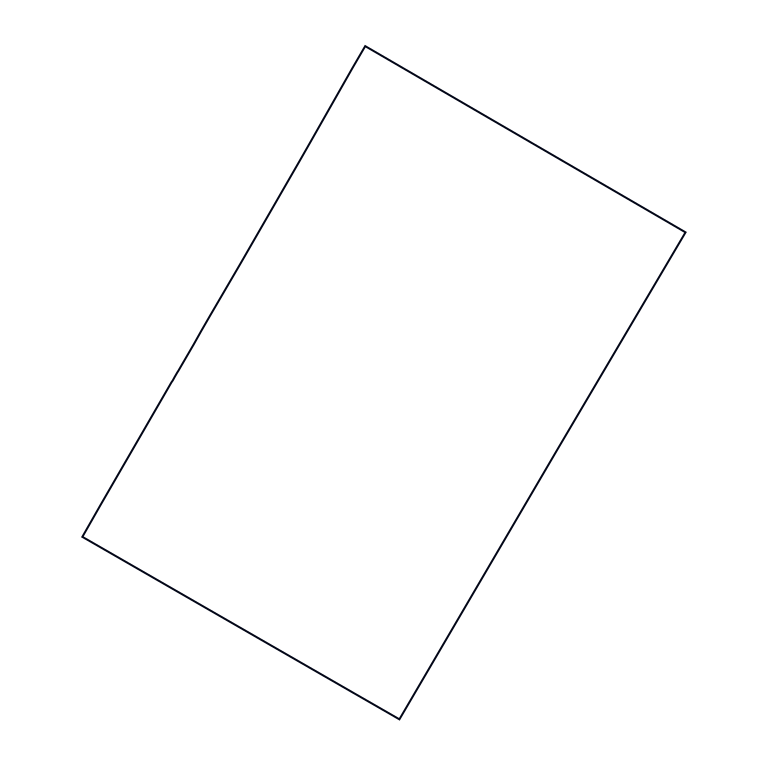 the district of Chautauqua, Kansas, United States of America, rotated 120°
{"feature_id": "52423323B34946311974500", "entity_name": "Chautauqua", "entity_type": "district", "adm_level": 2, "iso_a3": "USA", "parent_name": "United States of America", "parent_adm1": "Kansas", "projection": "robinson", "projection_center": [-96.23, 37.151], "detail": "fine", "context": "isolated", "style": "outline", "palette": "ink", "viewbox_px": 768, "rotation_deg": 120, "n_neighbors": 0, "source": "geoboundaries", "source_scale": "gbopen_adm2", "svg_char_len": 442}
<svg xmlns="http://www.w3.org/2000/svg" viewBox="0 0 768 768"><g transform="rotate(120 384 384)"><path d="M101.9,198.7L100.8,569.2L126.3,569.3L212.0,568.7L233.3,568.6L349.5,568.5L352.3,568.5L411.6,568.8L429.3,568.8L444.7,568.6L444.8,568.6L475.7,568.7L477.4,568.8L480.1,568.8L482.7,568.8L486.6,568.7L488.7,568.9L630.3,569.0L667.2,568.8L666.8,256.0L666.7,203.0L356.3,201.1L101.9,198.7Z" fill="none" stroke="#020617" stroke-width="2"/></g></svg>